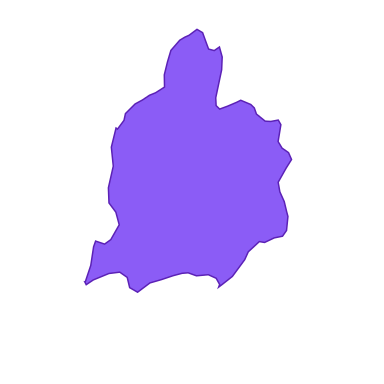 outline of Borås, Västra Götaland, Sweden, rotated 125°
{"feature_id": "70781695B44475344779169", "entity_name": "Borås", "entity_type": "district", "adm_level": 2, "iso_a3": "SWE", "parent_name": "Sweden", "parent_adm1": "Västra Götaland", "projection": "robinson", "projection_center": [12.965, 57.764], "detail": "fine", "context": "isolated", "style": "filled", "palette": "violet", "viewbox_px": 384, "rotation_deg": 125, "n_neighbors": 0, "source": "geoboundaries", "source_scale": "gbopen_adm2", "svg_char_len": 1200}
<svg xmlns="http://www.w3.org/2000/svg" viewBox="0 0 384 384"><g transform="rotate(125 192 192)"><path d="M183.2,290.9L201.5,283.8L216.0,271.3L236.5,262.9L248.6,253.7L252.2,242.8L260.6,232.8L277.6,231.2L284.8,233.7L287.5,242.8L293.3,241.2L310.2,232.8L327.1,227.8L327.2,228.1L328.6,225.5L320.6,222.4L306.4,213.3L299.1,205.2L299.1,196.1L306.1,188.2L305.3,179.1L290.6,174.3L281.3,166.8L271.3,159.4L264.3,153.5L260.4,148.8L258.1,140.3L250.4,131.2L248.8,122.7L251.9,116.3L254.6,115.6L250.3,114.2L238.0,110.5L217.2,110.0L208.7,111.6L194.0,108.4L191.7,103.6L182.4,98.3L176.3,92.5L173.3,92.5L169.3,92.5L157.0,99.4L153.9,103.1L146.9,111.0L141.5,120.1L134.6,127.0L118.3,128.6L108.3,129.1L107.8,129.9L104.4,135.5L104.4,143.4L101.3,150.4L85.9,157.8L83.6,162.6L89.0,167.9L92.0,172.7L91.2,183.9L87.4,189.2L86.6,194.0L88.9,204.7L92.8,206.8L101.3,212.1L108.2,216.9L107.4,221.8L101.2,226.6L74.9,237.8L64.1,244.7L57.5,252.7L63.4,254.9L65.4,260.4L60.9,266.9L55.4,274.7L55.9,281.2L65.3,284.3L69.3,286.7L74.7,289.1L88.1,290.5L99.5,286.7L111.9,281.9L121.8,274.7L131.7,278.8L137.1,282.3L145.1,285.4L152.5,289.1L165.9,291.5L172.3,288.8L183.2,289.1L183.2,290.9Z" fill="#8b5cf6" stroke="#5b21b6" stroke-width="1.5"/></g></svg>